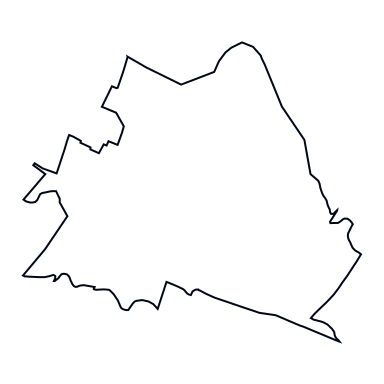 San Pedro Mártir, Oaxaca, Mexico
{"feature_id": "50627088B40688642514204", "entity_name": "San Pedro Mártir", "entity_type": "district", "adm_level": 2, "iso_a3": "MEX", "parent_name": "Mexico", "parent_adm1": "Oaxaca", "projection": "orthographic", "projection_center": [-96.704, 16.749], "detail": "fine", "context": "isolated", "style": "outline", "palette": "ink", "viewbox_px": 384, "rotation_deg": 0, "n_neighbors": 0, "source": "geoboundaries", "source_scale": "gbopen_adm2", "svg_char_len": 3381}
<svg xmlns="http://www.w3.org/2000/svg" viewBox="0 0 384 384"><path d="M352.8,224.2L351.8,222.6L350.9,221.6L350.7,221.3L349.7,220.2L347.4,218.7L346.5,218.7L344.4,218.6L342.9,219.3L341.0,221.0L338.1,222.9L334.0,223.0L330.4,223.1L330.0,221.8L330.9,220.4L337.1,210.7L337.2,210.1L335.0,212.2L333.7,213.8L331.1,213.9L330.1,212.2L329.7,209.3L328.7,207.5L327.5,204.5L326.6,200.6L324.9,197.7L323.4,195.8L321.9,192.5L320.4,188.0L319.5,183.5L318.3,180.8L310.5,174.1L304.4,139.9L282.3,107.2L281.9,106.6L264.7,64.5L261.9,58.8L260.7,55.5L253.1,46.9L242.0,42.4L231.3,47.7L225.5,52.4L219.0,61.1L214.2,71.9L181.1,84.6L146.0,67.3L127.5,56.6L127.6,57.0L123.2,71.7L117.7,87.8L116.4,88.1L111.9,86.3L107.6,95.2L101.9,106.8L116.1,112.7L123.8,126.3L122.0,132.7L117.8,144.4L117.6,144.9L108.5,141.2L107.1,144.3L106.6,145.5L103.7,144.4L98.9,153.2L90.4,149.4L90.5,147.4L80.4,142.7L80.9,141.2L80.9,140.9L73.1,136.6L69.1,135.0L66.8,141.7L64.9,148.3L57.9,169.6L56.6,173.4L42.4,168.3L40.8,167.2L36.9,164.7L35.2,163.6L34.7,163.3L33.3,165.2L45.3,174.1L23.5,199.6L26.3,201.5L30.1,202.5L32.5,202.5L35.3,202.0L37.4,199.8L38.1,198.3L39.0,196.5L40.1,194.2L42.2,193.0L46.1,192.3L50.5,191.3L53.9,191.1L56.1,191.2L58.1,195.5L59.7,198.8L59.7,202.4L67.4,216.2L45.0,249.3L23.0,275.5L24.8,276.4L29.7,276.7L37.8,277.1L44.3,277.1L45.1,277.1L49.2,276.2L53.4,274.9L55.3,276.0L55.1,278.6L53.9,281.0L54.6,281.1L58.5,278.1L59.6,276.4L61.6,274.2L64.0,273.7L65.1,274.0L66.3,274.2L67.0,274.4L67.9,275.3L68.5,275.8L69.7,277.7L70.5,280.2L71.2,281.7L72.4,284.2L74.0,286.2L75.6,286.9L77.3,286.7L79.4,285.8L81.2,285.4L84.0,285.2L91.6,286.5L94.6,287.0L93.8,288.8L93.8,289.2L94.7,289.5L95.8,289.7L97.0,289.8L100.3,289.5L101.6,289.5L103.0,289.4L105.9,289.5L109.3,289.9L109.5,290.1L110.3,290.8L113.6,294.1L115.7,297.2L117.9,300.5L120.8,307.4L121.5,308.2L122.9,309.1L124.8,309.8L126.8,310.1L128.3,310.0L132.8,303.5L134.6,301.6L136.1,300.9L141.8,300.1L143.3,300.3L148.6,301.5L153.3,304.1L157.7,308.9L166.5,281.9L170.0,283.3L177.0,286.2L180.2,287.7L183.4,289.3L184.7,290.5L185.8,291.9L187.2,293.5L188.8,294.5L190.9,295.0L192.5,291.5L195.3,289.7L198.3,289.5L198.5,290.0L199.8,290.5L200.9,291.0L202.3,291.8L202.8,292.0L205.1,293.3L206.5,294.0L209.0,295.1L209.4,295.3L212.0,296.5L213.6,297.2L215.6,298.0L216.0,298.1L217.4,298.6L219.5,299.3L223.8,300.8L227.2,301.9L229.0,302.5L230.2,302.9L232.1,303.6L234.4,304.4L235.9,304.9L237.1,305.3L238.4,305.7L239.5,306.1L240.6,306.5L245.3,308.1L246.3,308.4L248.9,309.3L250.1,309.7L252.0,310.3L253.2,310.7L254.4,311.1L255.5,311.5L257.0,312.0L259.2,312.8L275.6,315.2L276.8,315.7L278.8,316.5L281.3,317.6L284.9,319.1L287.1,320.1L288.9,320.9L290.6,321.6L292.8,322.5L295.5,323.7L300.6,325.8L303.2,326.6L336.0,340.3L339.5,341.6L338.5,340.3L337.1,339.1L336.1,338.0L335.3,336.6L334.8,335.5L334.5,333.8L334.2,332.2L333.5,330.8L332.8,330.1L332.1,328.9L330.8,327.7L328.7,325.6L327.5,324.5L325.7,323.6L324.4,322.8L322.8,322.1L320.4,321.3L319.1,321.1L316.4,320.3L315.6,320.1L313.5,319.6L310.9,318.1L314.5,313.9L317.8,310.6L326.3,302.5L329.4,299.3L333.7,294.6L338.6,288.2L342.3,282.6L347.1,276.0L347.9,274.8L354.1,265.3L356.1,262.3L361.0,254.3L358.5,252.3L357.0,251.6L355.1,250.4L352.7,247.9L351.7,245.9L350.7,243.5L350.1,242.1L349.2,240.6L348.4,238.7L347.9,236.5L347.9,235.0L347.9,234.7L348.2,233.1L349.1,231.4L349.9,229.7L350.8,227.9L351.5,226.5L352.2,225.1L352.8,224.2Z" fill="none" stroke="#020617" stroke-width="2"/></svg>